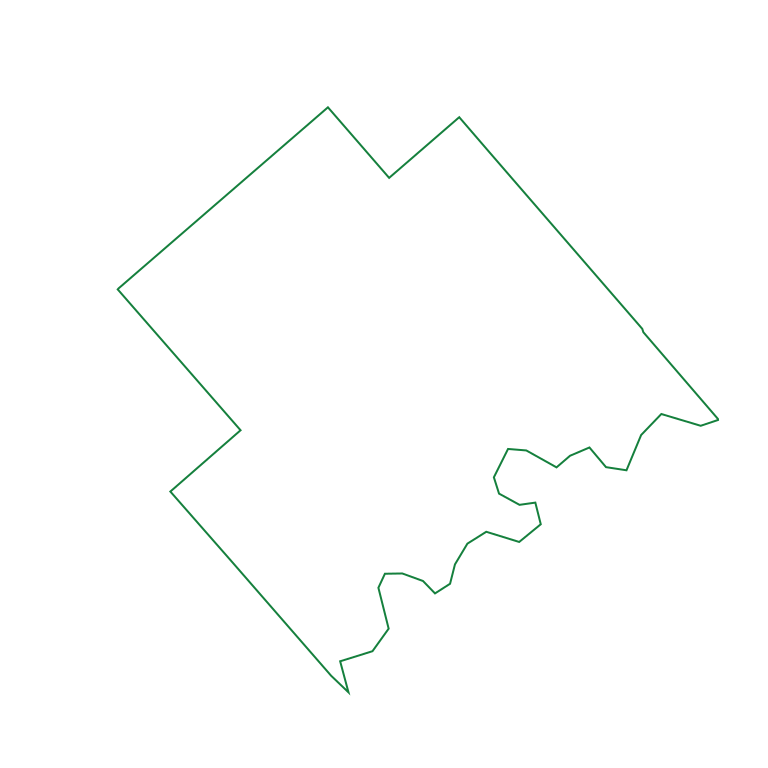 the district of Pontotoc, Oklahoma, United States of America, rotated 139°
{"feature_id": "52423323B67548831395162", "entity_name": "Pontotoc", "entity_type": "district", "adm_level": 2, "iso_a3": "USA", "parent_name": "United States of America", "parent_adm1": "Oklahoma", "projection": "albers", "projection_center": [-96.674, 34.735], "detail": "fine", "context": "isolated", "style": "outline", "palette": "green", "viewbox_px": 768, "rotation_deg": 139, "n_neighbors": 0, "source": "geoboundaries", "source_scale": "gbopen_adm2", "svg_char_len": 718}
<svg xmlns="http://www.w3.org/2000/svg" viewBox="0 0 768 768"><g transform="rotate(139 384 384)"><path d="M521.4,630.3L522.9,630.1L522.6,443.2L615.8,443.0L615.4,349.2L615.3,209.5L615.3,198.5L613.1,174.6L599.0,203.5L568.0,189.9L541.0,196.3L521.9,233.9L507.8,240.2L494.5,229.0L483.8,209.7L482.9,192.5L465.2,189.9L448.8,201.3L425.8,208.8L403.8,205.4L385.6,176.1L357.7,175.3L347.6,195.2L361.0,203.9L369.1,225.8L362.3,241.5L333.0,253.6L320.2,240.5L308.5,207.9L290.7,207.8L270.6,201.3L271.0,175.6L257.6,159.8L223.4,176.8L194.4,179.4L172.4,144.7L155.5,137.7L154.9,138.5L154.3,252.9L152.9,256.2L152.8,302.5L152.4,489.3L152.2,536.0L244.9,536.2L244.8,629.6L521.4,630.3Z" fill="none" stroke="#15803d" stroke-width="2"/></g></svg>